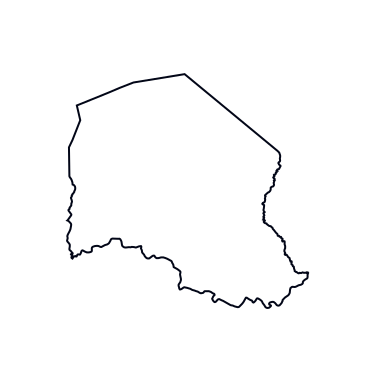 Quimistan, Santa Bárbara, Honduras, rotated 22°
{"feature_id": "27666195B58138028057911", "entity_name": "Quimistan", "entity_type": "district", "adm_level": 2, "iso_a3": "HND", "parent_name": "Honduras", "parent_adm1": "Santa Bárbara", "projection": "robinson", "projection_center": [-88.275, 15.416], "detail": "fine", "context": "isolated", "style": "outline", "palette": "ink", "viewbox_px": 384, "rotation_deg": 22, "n_neighbors": 0, "source": "geoboundaries", "source_scale": "gbopen_adm2", "svg_char_len": 6099}
<svg xmlns="http://www.w3.org/2000/svg" viewBox="0 0 384 384"><g transform="rotate(22 192 192)"><path d="M141.0,85.5L96.7,112.4L86.0,122.5L77.3,131.2L52.8,154.9L61.5,167.3L61.7,188.6L61.2,196.7L72.4,223.3L73.2,224.1L74.9,225.1L76.1,226.2L77.0,227.3L77.4,227.7L78.5,229.8L79.6,229.8L80.1,229.9L81.4,230.7L81.9,231.4L82.3,232.2L82.6,233.0L82.7,233.8L82.6,235.6L82.8,236.1L82.5,237.0L82.5,237.8L82.0,238.5L82.1,239.5L81.8,239.9L81.8,240.4L82.2,241.0L82.2,241.5L81.9,242.5L82.0,242.9L83.5,244.6L84.3,245.8L84.5,247.1L84.4,247.7L85.1,249.8L84.4,252.4L84.8,253.5L84.4,254.1L84.2,255.0L84.5,255.5L88.4,257.9L88.6,258.2L88.7,258.9L87.3,264.7L87.1,265.1L88.1,265.1L88.8,265.3L91.5,266.6L92.1,267.3L92.5,268.5L93.2,272.0L93.2,274.1L92.8,278.0L92.9,279.6L94.0,281.3L94.4,283.9L94.9,284.5L97.6,285.9L98.5,286.8L99.1,288.4L99.6,290.6L100.0,291.4L100.8,291.8L102.0,292.2L102.9,292.8L104.2,293.4L104.4,293.9L104.3,294.2L103.3,294.7L103.1,295.1L103.3,295.3L104.9,295.7L105.3,296.1L105.3,296.6L104.8,297.1L104.6,297.5L104.7,297.8L105.0,298.2L105.5,298.4L106.1,298.5L106.4,296.8L106.9,295.9L107.8,295.1L108.4,295.3L109.1,295.0L109.2,294.5L109.2,293.3L109.4,292.8L110.1,292.4L111.1,292.2L111.6,291.9L111.8,290.8L111.7,288.1L112.0,287.4L112.4,287.1L112.9,287.1L115.1,287.4L117.1,287.4L119.1,286.6L120.5,285.6L121.1,284.9L121.2,284.3L121.0,283.6L120.2,281.8L120.1,281.1L120.3,280.3L120.9,279.6L122.2,278.5L124.1,277.5L125.6,277.1L127.6,277.2L128.1,277.1L128.6,276.9L131.1,273.9L133.1,272.3L133.8,271.3L134.2,270.5L134.3,269.8L134.6,267.6L134.6,266.3L135.1,265.5L135.7,265.0L140.9,263.1L142.3,262.5L143.2,262.7L144.5,263.7L145.3,264.6L146.9,267.3L147.6,268.1L148.7,268.5L149.9,268.7L151.4,268.3L154.1,266.8L155.9,266.2L156.5,265.6L156.9,265.4L158.9,264.8L160.8,264.5L163.2,262.3L164.5,261.5L165.1,261.3L165.3,261.5L165.6,261.9L165.8,263.4L167.3,264.8L168.5,266.8L171.1,268.1L172.0,269.0L173.2,269.7L174.1,270.1L175.1,270.3L176.2,270.1L177.3,269.5L179.2,266.3L179.8,265.6L180.6,265.2L181.0,265.2L181.6,265.7L182.6,266.3L183.8,266.6L184.4,266.4L185.4,266.0L186.6,265.2L187.7,264.3L189.8,263.4L191.9,263.2L194.1,263.2L198.7,263.7L199.3,264.1L200.2,265.1L201.8,266.3L203.2,268.5L207.4,269.0L210.3,269.8L210.8,270.1L211.2,270.4L211.5,271.2L211.7,272.6L212.0,273.3L214.2,276.6L214.7,277.7L214.9,280.0L214.3,282.7L214.4,283.2L214.7,284.0L215.6,285.1L216.4,286.3L216.9,286.7L217.3,286.9L217.7,286.7L218.2,286.3L218.8,285.6L220.0,283.7L220.6,283.2L223.4,282.7L226.7,282.4L228.9,282.7L231.3,282.4L232.9,282.4L234.6,282.2L237.0,282.6L237.9,282.6L238.8,282.2L240.1,281.3L240.4,280.7L240.6,279.7L241.0,279.2L244.6,277.7L245.6,277.6L247.1,277.6L249.0,278.1L250.6,278.1L251.1,278.4L251.5,279.0L251.1,279.9L250.8,281.0L250.7,283.5L252.2,284.8L253.2,285.3L254.0,285.6L254.5,285.5L255.0,285.0L255.4,284.4L255.8,283.1L256.3,281.9L256.7,281.5L257.5,281.1L260.0,281.3L261.6,281.3L269.9,282.4L270.6,282.4L272.3,282.0L274.3,282.1L277.4,281.7L278.2,281.3L278.7,280.8L280.3,277.0L280.7,275.7L281.0,274.4L281.5,270.1L281.6,269.8L282.0,269.6L282.4,269.5L284.7,270.0L286.8,270.3L288.0,270.2L288.8,270.6L289.5,271.4L290.3,271.5L290.8,271.0L291.4,269.6L291.6,269.0L291.9,267.1L292.1,266.4L292.5,266.1L293.4,266.0L295.3,266.3L297.1,266.8L297.8,267.2L299.3,268.6L301.4,269.8L303.1,271.1L303.5,271.3L305.0,271.4L305.8,271.1L306.9,270.3L307.8,268.5L307.8,268.0L307.7,267.7L307.3,267.6L305.9,267.4L305.5,267.0L305.3,266.5L305.4,266.0L305.6,265.4L306.2,264.8L307.1,264.1L308.2,263.5L309.1,263.4L310.8,263.9L312.9,265.1L313.8,265.2L314.7,265.0L315.6,264.3L316.4,262.2L316.7,261.1L316.7,259.2L316.8,259.0L316.5,258.3L316.7,257.6L317.8,254.9L319.7,252.1L320.1,251.3L320.3,250.3L320.4,248.9L319.5,245.8L319.3,244.2L320.2,242.6L320.8,242.2L322.6,241.7L323.6,241.1L325.2,239.3L325.6,238.7L327.7,237.2L328.6,236.1L328.8,235.6L328.9,235.0L328.5,233.9L328.7,232.6L329.7,230.8L331.1,229.0L331.2,228.7L331.0,227.4L330.2,225.6L330.0,223.5L329.5,223.2L329.2,223.4L328.6,223.4L328.4,223.6L328.7,224.2L327.8,224.2L326.0,225.0L324.7,225.1L323.5,226.3L322.1,226.6L321.9,226.8L321.6,227.3L321.1,227.5L319.8,227.3L318.9,227.0L318.3,227.2L317.9,227.0L316.9,226.9L316.4,226.0L315.4,224.9L314.3,223.1L313.3,223.0L312.7,222.1L311.6,221.8L311.2,221.6L311.0,221.0L310.7,219.5L310.3,219.0L309.9,219.0L309.8,219.5L309.5,219.6L308.4,218.5L307.2,216.7L305.5,216.3L303.6,214.9L303.0,214.8L302.1,215.4L301.4,215.1L301.2,214.7L301.3,213.7L299.9,212.4L299.6,211.7L299.4,210.8L299.4,209.0L299.0,208.3L298.7,207.3L297.4,205.7L296.6,203.5L296.3,203.1L295.6,203.1L295.1,203.4L294.7,203.9L294.3,203.9L293.7,203.2L293.7,202.0L293.6,201.6L293.4,201.4L293.1,201.3L292.4,201.4L292.0,201.3L291.5,200.4L291.3,200.3L290.0,200.7L289.7,200.6L289.1,200.1L287.9,200.4L286.8,198.9L285.1,198.3L282.4,196.7L280.7,195.9L279.9,194.9L279.0,194.8L277.8,194.2L276.6,194.5L276.0,194.5L273.5,193.8L272.9,193.3L271.5,193.5L270.7,193.4L269.8,192.9L269.7,192.6L270.2,191.9L270.3,191.3L269.6,190.8L269.0,191.0L268.6,191.0L268.8,190.6L268.3,190.1L268.6,189.2L268.5,188.7L268.3,188.5L267.9,188.7L267.7,188.6L267.4,187.9L267.8,186.8L267.8,186.5L267.2,185.9L266.4,185.3L266.2,185.1L266.2,184.5L266.8,183.8L266.9,183.4L265.6,182.7L265.0,181.9L264.8,180.6L264.2,178.3L263.8,177.2L263.3,176.9L262.2,177.0L261.8,176.8L261.6,176.5L261.8,175.6L262.9,174.3L263.1,173.9L263.1,173.4L262.9,172.7L262.8,171.8L262.1,170.9L262.1,170.3L261.7,169.2L261.8,168.4L261.1,168.1L261.0,167.8L261.0,167.4L262.6,164.1L263.4,163.3L264.0,161.9L264.1,161.2L264.0,160.2L263.4,158.6L263.4,158.3L264.1,157.2L265.2,156.3L265.4,155.4L265.4,154.7L264.3,152.9L264.3,151.4L263.6,150.7L263.7,150.4L264.2,150.1L264.3,149.9L263.8,149.6L263.5,148.7L262.6,148.6L261.9,148.1L261.9,147.8L262.5,146.6L262.3,146.1L261.7,145.8L261.5,145.5L261.6,145.2L262.5,144.7L262.8,144.2L262.8,143.8L262.5,142.8L263.0,142.4L263.1,142.0L262.5,141.2L262.4,140.8L263.2,140.4L262.6,139.8L262.6,139.5L262.8,139.0L263.9,138.3L264.1,137.9L264.2,136.3L264.4,135.0L264.1,134.4L263.1,134.2L262.2,133.8L261.9,133.3L261.3,132.9L261.2,132.3L262.0,130.7L261.9,129.8L260.9,128.0L260.6,126.4L260.0,125.0L258.1,122.8L256.0,121.9L141.0,85.5Z" fill="none" stroke="#020617" stroke-width="2"/></g></svg>